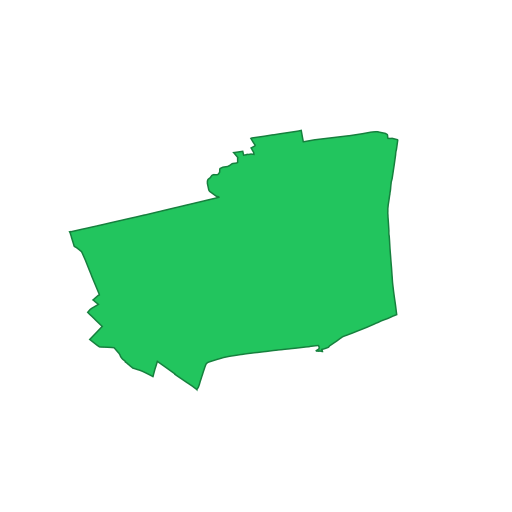 outline of Stefanestii De Jos, Ilfov, Romania, rotated 233°
{"feature_id": "2599482B64746522486763", "entity_name": "Stefanestii De Jos", "entity_type": "district", "adm_level": 2, "iso_a3": "ROU", "parent_name": "Romania", "parent_adm1": "Ilfov", "projection": "robinson", "projection_center": [26.191, 44.546], "detail": "fine", "context": "isolated", "style": "filled", "palette": "green", "viewbox_px": 512, "rotation_deg": 233, "n_neighbors": 0, "source": "geoboundaries", "source_scale": "gbopen_adm2", "svg_char_len": 5109}
<svg xmlns="http://www.w3.org/2000/svg" viewBox="0 0 512 512"><g transform="rotate(233 256 256)"><path d="M124.5,333.1L127.0,334.5L129.1,335.7L133.1,338.0L137.1,340.2L140.2,341.9L145.0,344.6L147.9,346.3L151.0,348.1L153.0,349.3L155.0,350.6L157.1,352.0L158.7,353.0L165.3,357.3L168.5,359.3L170.4,360.5L172.6,361.9L174.9,363.4L177.1,364.8L181.2,367.4L187.2,371.4L187.8,371.8L190.4,373.5L191.8,374.4L193.0,375.0L194.5,376.0L196.0,377.2L198.4,378.8L202.2,381.3L206.2,383.9L208.1,385.1L208.4,385.4L208.9,385.7L210.1,386.5L210.9,387.0L212.5,388.3L214.4,389.7L217.4,392.5L221.1,396.3L221.6,396.8L222.1,397.3L223.5,398.7L224.1,399.3L224.6,399.9L225.7,400.9L226.3,401.5L227.0,402.3L227.9,403.2L229.0,404.2L230.6,405.6L232.5,407.4L233.7,408.5L235.8,411.2L246.1,421.7L248.0,423.6L248.7,424.3L250.2,425.8L252.8,428.4L254.1,429.5L255.3,430.7L256.6,432.3L263.1,438.8L263.7,439.0L268.0,435.6L269.1,433.9L270.5,432.2L270.8,432.2L273.3,433.7L273.5,433.8L274.0,433.9L275.1,433.5L276.2,433.0L276.3,432.9L281.6,428.2L281.8,428.2L283.0,426.7L284.5,424.4L285.8,422.2L289.6,414.6L296.1,402.5L296.3,402.3L313.6,372.6L313.9,372.0L318.3,363.3L318.7,362.6L318.8,362.5L328.7,367.5L329.1,367.7L330.3,365.0L332.3,361.3L335.4,355.6L339.6,347.9L339.7,347.7L342.1,343.1L342.8,342.1L346.6,334.8L352.7,323.8L353.0,322.7L348.5,322.2L345.0,322.0L344.6,321.3L345.2,317.1L344.4,317.1L342.9,316.8L340.2,316.5L339.6,316.2L338.4,315.5L340.4,313.4L341.5,311.2L342.6,310.0L342.6,309.3L342.9,308.9L343.3,308.0L343.9,306.8L347.6,308.4L351.4,301.4L352.0,300.4L346.1,300.7L345.3,300.6L345.2,300.2L341.8,297.7L341.8,297.2L342.0,296.3L343.8,293.2L344.1,292.4L344.1,291.3L344.1,289.9L344.5,287.3L346.7,283.3L346.9,282.8L347.5,280.0L347.2,279.4L344.8,277.4L344.0,275.0L344.3,273.8L346.6,270.9L346.9,269.2L346.2,266.9L346.0,265.8L346.1,265.3L346.0,263.7L345.1,262.3L343.3,260.9L337.3,258.1L336.3,257.9L335.4,257.9L327.5,260.3L325.8,261.8L325.2,261.6L325.3,261.4L327.3,256.8L344.7,217.0L350.7,203.2L355.9,191.2L356.0,191.3L356.3,190.7L356.5,190.2L357.2,188.5L357.5,187.9L358.0,186.7L358.7,185.1L359.4,183.5L361.7,178.5L366.4,168.0L369.5,161.1L371.7,156.1L371.8,155.9L371.9,155.6L377.5,143.2L380.1,137.4L382.2,132.9L387.0,122.2L387.2,122.3L387.5,121.7L386.3,121.5L384.2,120.7L383.3,120.5L382.6,120.1L381.2,119.6L378.2,118.5L375.4,117.5L373.6,116.8L373.4,116.7L373.2,116.8L372.4,116.9L372.2,117.0L371.0,117.6L369.6,118.0L367.0,118.7L365.6,119.0L364.4,119.3L364.1,119.2L363.4,119.1L355.2,117.2L345.4,114.5L341.2,113.4L338.5,112.6L319.8,107.8L319.2,107.5L319.5,106.3L319.3,103.6L319.0,99.4L318.5,99.6L316.3,100.0L314.6,100.4L313.3,100.8L312.2,101.0L313.1,93.1L313.1,91.3L312.3,87.7L310.0,88.0L308.7,88.2L306.7,88.6L304.6,88.9L303.4,89.1L301.7,89.3L298.6,89.8L292.3,90.8L291.0,82.9L289.4,73.0L280.3,75.4L277.9,76.2L277.5,76.4L276.2,77.9L273.4,81.4L270.8,84.5L268.5,87.1L268.0,87.5L266.4,87.6L263.1,87.8L261.7,87.9L261.1,88.0L260.8,88.0L259.2,87.9L258.1,87.6L257.4,87.4L256.6,87.3L255.0,87.3L253.7,87.4L253.0,87.6L251.6,88.0L250.8,88.1L250.2,88.2L250.0,87.9L248.4,88.4L246.7,88.7L244.5,89.3L244.0,89.3L242.6,89.7L241.4,90.0L240.8,90.1L240.5,90.2L239.5,91.0L236.2,93.3L234.9,94.3L232.3,95.9L229.8,97.2L228.2,98.0L225.6,99.3L224.1,100.0L223.1,100.5L222.2,100.9L221.7,101.1L221.8,101.3L221.9,101.5L223.1,102.9L223.5,103.4L226.3,107.0L228.2,109.7L231.2,113.8L221.5,116.9L210.6,120.3L210.4,120.0L207.3,121.0L201.2,123.1L196.4,124.7L195.7,125.0L189.9,127.0L188.7,127.3L185.3,128.3L185.1,128.4L184.9,128.4L185.0,128.5L185.3,129.3L185.4,129.7L185.6,130.2L185.8,130.6L186.0,131.2L186.7,132.2L187.3,133.2L188.0,134.1L188.6,134.9L189.2,135.7L189.7,136.3L190.1,137.0L190.5,137.5L190.8,138.0L192.4,140.2L193.6,142.0L194.1,142.6L194.4,143.1L195.0,143.9L195.9,145.2L196.1,145.5L197.2,147.1L198.3,148.7L199.1,150.0L199.7,150.9L199.8,151.6L200.0,152.6L200.0,153.3L199.7,154.5L198.6,157.7L197.5,160.8L196.8,162.8L196.0,164.8L195.3,166.7L194.5,168.9L192.1,174.0L191.0,176.1L189.4,179.0L187.7,182.2L186.6,184.3L185.8,185.6L184.4,188.3L183.1,190.6L182.0,192.5L181.9,192.6L179.7,196.5L178.0,199.2L174.8,204.8L173.5,206.9L171.6,210.3L169.9,213.3L168.5,215.6L167.5,217.4L165.7,220.2L164.7,222.0L163.3,224.3L161.8,226.7L161.1,228.0L160.4,229.1L158.3,232.6L155.6,237.2L153.3,241.2L151.5,244.0L151.4,244.5L148.6,249.4L147.0,251.9L146.4,251.9L146.0,251.8L145.5,251.7L144.9,251.4L144.2,250.7L143.9,250.1L144.0,249.4L144.1,247.9L144.1,247.1L143.7,247.1L143.0,248.0L142.3,248.7L142.2,249.1L141.9,249.5L141.6,249.7L141.4,250.0L141.0,250.5L140.8,250.8L140.6,250.9L140.3,251.1L140.0,251.2L139.9,251.3L139.7,251.6L139.9,251.7L141.8,252.3L141.5,252.9L140.5,255.6L139.8,257.9L139.5,259.0L140.0,260.8L139.9,261.5L139.7,266.1L139.5,269.2L139.5,271.0L139.5,272.4L139.5,273.5L139.4,275.3L139.4,275.7L139.4,276.5L138.8,278.8L138.1,280.9L137.8,282.0L137.5,283.1L137.0,284.7L136.5,286.4L136.4,286.8L135.4,290.5L134.9,292.4L134.0,295.6L133.3,298.2L132.3,301.8L131.8,304.0L131.0,307.3L130.5,309.4L130.1,311.5L129.6,313.0L129.4,313.9L129.0,316.1L128.7,317.4L128.0,319.8L127.0,322.9L126.6,324.5L126.0,327.2L125.6,329.2L125.1,330.8L125.0,331.3L124.5,333.1Z" fill="#22c55e" stroke="#15803d" stroke-width="1.5"/></g></svg>